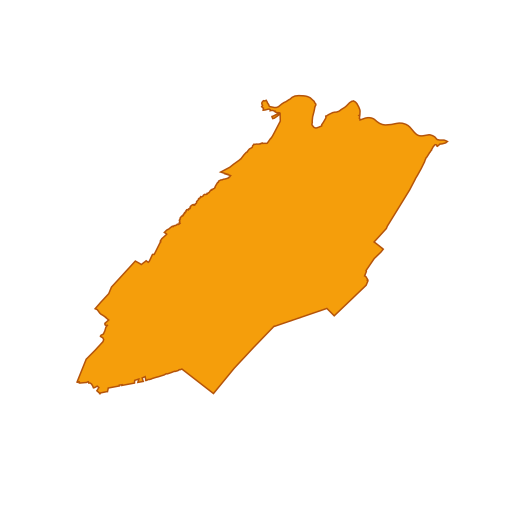 the district of Deventer, Overijssel, Netherlands, rotated 133°
{"feature_id": "6326949B6092768911382", "entity_name": "Deventer", "entity_type": "district", "adm_level": 2, "iso_a3": "NLD", "parent_name": "Netherlands", "parent_adm1": "Overijssel", "projection": "robinson", "projection_center": [6.218, 52.269], "detail": "fine", "context": "isolated", "style": "filled", "palette": "amber", "viewbox_px": 512, "rotation_deg": 133, "n_neighbors": 0, "source": "geoboundaries", "source_scale": "gbopen_adm2", "svg_char_len": 5974}
<svg xmlns="http://www.w3.org/2000/svg" viewBox="0 0 512 512"><g transform="rotate(133 256 256)"><path d="M140.8,330.2L153.0,326.8L157.2,325.7L159.8,325.3L160.0,325.5L165.7,324.7L166.2,324.9L169.4,328.3L169.2,328.6L171.0,329.5L171.1,329.3L171.6,329.7L173.0,331.0L173.6,331.8L174.4,332.4L175.1,333.0L175.8,333.8L176.3,333.5L177.0,333.7L177.8,333.6L178.8,333.0L179.4,332.9L182.2,333.8L184.4,333.7L185.8,333.4L186.1,333.4L186.2,333.6L187.1,333.8L190.2,333.8L195.3,333.3L196.0,333.4L196.0,333.5L197.3,333.6L204.2,335.0L209.0,335.7L218.7,339.1L216.1,333.5L216.0,333.3L216.5,333.6L214.5,329.4L216.0,329.2L216.6,329.3L217.3,329.7L217.5,329.6L217.4,329.3L217.6,329.3L218.2,329.6L220.9,331.2L222.0,332.1L223.5,332.8L223.8,333.1L224.4,333.6L226.7,334.4L227.9,333.8L228.5,334.2L229.0,334.1L232.7,333.3L233.8,332.9L233.9,332.6L235.0,332.6L235.5,332.8L235.9,333.1L236.7,333.1L237.3,333.6L237.8,333.3L238.2,333.3L238.3,333.4L238.2,333.8L238.9,334.0L241.6,333.6L242.2,333.9L243.0,334.0L243.6,334.5L244.2,334.0L244.6,334.3L245.0,334.4L246.1,335.7L247.4,335.9L248.3,335.6L249.6,336.0L250.0,336.3L250.5,336.5L250.4,336.9L250.5,336.9L252.1,336.5L252.8,337.0L253.3,337.0L253.4,336.6L253.6,336.6L255.9,336.5L256.4,336.6L257.0,336.4L257.2,336.0L257.8,335.8L258.0,335.6L258.8,335.7L259.2,335.9L259.4,335.7L260.6,335.5L261.0,335.8L260.6,336.2L261.3,336.6L261.2,337.0L262.2,337.5L263.5,337.6L264.0,337.8L265.0,337.6L265.2,337.1L265.9,337.1L266.1,336.7L266.7,336.7L266.9,336.8L266.6,337.1L267.6,337.4L268.6,337.0L269.0,338.0L269.4,338.2L270.8,338.0L270.8,337.7L271.8,337.4L272.8,337.9L273.7,337.6L273.7,337.2L274.8,337.5L275.6,337.4L275.9,337.3L275.8,337.0L276.5,336.9L277.0,337.0L277.5,337.6L278.3,337.5L279.9,337.4L280.3,337.1L280.3,336.8L280.5,336.6L282.1,336.5L282.2,335.8L282.4,335.5L283.5,335.1L283.3,334.8L283.4,334.6L283.9,334.4L284.0,333.8L284.7,334.1L285.4,334.0L285.9,334.3L285.7,334.7L286.6,335.3L287.6,335.2L288.4,335.7L288.7,335.7L289.6,336.6L291.0,336.6L291.3,337.0L291.3,337.5L293.4,337.9L295.8,338.2L296.5,338.4L297.1,338.8L298.4,339.0L301.3,339.1L300.8,336.4L300.9,336.2L302.1,336.2L307.5,336.7L308.7,336.5L310.4,336.2L310.5,336.0L310.3,335.7L310.9,335.2L311.3,335.3L311.5,335.3L324.3,331.5L324.5,331.7L325.0,332.5L325.4,332.7L325.7,332.7L332.7,330.4L334.1,330.5L334.4,333.1L335.5,333.2L340.5,334.1L340.8,336.0L342.0,340.8L377.3,340.5L384.0,338.0L395.2,338.0L404.3,337.7L403.5,335.4L404.3,331.4L404.3,329.5L403.9,328.0L403.3,324.1L403.5,324.1L403.3,320.1L408.2,320.6L408.2,320.3L409.3,319.6L409.0,317.9L408.4,317.7L408.1,317.6L408.1,317.4L409.6,317.4L410.7,317.1L413.8,315.5L417.2,314.4L419.6,315.3L420.8,315.1L420.9,314.8L420.3,312.3L421.0,310.4L422.9,309.5L435.1,309.4L447.3,309.8L470.3,300.9L470.1,300.4L468.8,299.8L468.6,299.6L468.6,299.3L469.4,298.9L469.2,298.3L465.5,295.0L464.1,293.7L462.4,293.1L462.3,292.8L463.0,291.7L462.1,290.8L461.8,289.1L462.5,286.6L463.3,285.0L463.1,284.7L461.2,283.9L459.5,283.4L459.4,283.1L459.4,281.2L463.1,280.5L463.0,276.6L463.3,276.4L463.1,276.1L462.3,276.4L456.8,272.5L456.5,272.1L453.3,274.0L444.2,267.3L443.7,267.9L441.5,266.2L442.1,265.8L431.8,258.2L429.7,259.9L425.9,257.8L429.0,256.2L424.6,252.9L424.3,253.6L422.8,256.1L419.8,254.8L421.8,252.1L422.1,252.1L422.3,251.8L421.6,251.2L419.8,250.6L419.5,250.3L419.4,250.0L417.6,248.8L416.3,248.3L411.8,245.7L411.7,245.5L405.5,242.0L403.3,241.4L403.2,241.0L402.6,240.4L399.1,238.5L396.5,237.3L395.7,236.8L395.7,236.5L393.6,235.2L392.8,234.8L392.1,234.8L391.3,234.5L391.1,234.3L391.1,234.0L389.2,233.1L385.6,193.3L352.9,195.4L324.6,195.4L295.1,194.9L294.4,194.4L294.5,194.3L290.9,192.4L246.0,168.4L246.4,158.0L202.3,155.5L198.0,157.1L198.1,157.3L197.9,158.1L197.2,158.0L196.2,161.3L196.2,162.2L196.5,163.0L192.1,164.7L191.8,165.0L191.6,165.6L177.2,167.8L168.1,167.3L164.2,167.6L164.9,176.6L165.2,179.2L147.0,179.4L144.7,180.3L102.9,188.7L92.0,191.7L90.1,192.3L87.1,192.9L79.4,194.8L72.1,197.0L70.9,197.6L68.1,198.6L67.4,198.5L62.5,199.4L62.2,199.6L61.4,199.5L59.3,199.9L59.0,199.8L58.9,200.0L55.2,200.9L52.5,201.0L51.7,200.0L51.7,199.0L52.2,198.8L52.1,198.2L50.3,197.9L48.9,197.9L47.0,196.3L43.9,194.4L41.7,194.1L42.1,195.4L42.8,197.2L43.3,197.9L46.0,200.8L47.2,202.8L47.3,203.7L47.0,205.8L47.0,206.6L47.5,208.8L48.6,211.2L49.3,212.1L50.2,212.8L54.5,216.1L55.5,217.1L56.4,218.2L57.0,219.3L57.4,220.5L57.6,221.7L57.6,224.4L56.8,231.4L56.9,233.8L57.5,236.2L58.9,239.2L59.8,240.4L61.1,241.9L63.3,243.7L67.5,246.7L71.9,250.7L72.7,251.8L73.6,253.2L74.7,256.0L75.2,259.1L75.3,262.5L75.6,263.9L76.3,265.6L77.5,267.4L78.6,268.6L80.6,270.1L85.6,272.7L84.9,273.5L84.9,274.2L82.5,275.9L82.9,276.5L81.7,276.5L79.0,278.8L78.0,280.2L77.7,281.0L77.1,282.1L75.7,286.2L75.8,286.4L75.6,287.4L75.6,288.4L76.1,290.5L76.8,290.8L77.4,291.4L80.1,292.1L84.6,292.2L86.9,292.5L91.2,293.7L91.4,293.6L93.7,294.1L96.0,295.4L97.1,296.5L98.8,297.7L103.2,299.4L105.8,300.0L105.9,300.3L106.1,300.4L106.8,299.5L107.6,299.0L112.4,297.9L115.1,297.5L116.0,296.7L118.9,297.9L121.1,299.1L121.7,299.6L122.3,301.1L122.4,301.7L122.0,304.1L121.5,305.0L119.8,306.0L119.0,306.9L115.6,309.5L111.0,312.0L108.3,313.6L107.4,314.3L106.7,314.5L106.5,314.8L105.0,315.1L104.1,315.8L103.8,317.8L103.4,318.5L103.2,319.4L103.3,320.6L103.3,324.1L103.7,325.5L104.3,327.1L105.1,328.6L106.3,330.3L109.5,334.1L112.4,336.6L115.3,337.8L118.3,338.1L119.1,338.5L122.9,339.4L124.4,340.1L127.0,340.8L131.5,341.4L133.4,342.3L134.8,343.7L137.3,347.8L137.3,348.4L137.3,348.9L136.6,350.0L136.3,351.7L135.5,353.5L135.2,354.8L136.0,355.0L136.8,355.6L137.2,356.4L137.5,356.5L139.5,356.4L140.4,355.9L141.2,354.7L141.3,354.1L141.5,353.8L142.9,353.7L143.0,352.2L142.8,351.4L144.5,350.2L142.8,348.8L140.1,347.1L139.6,346.5L139.2,345.5L140.1,344.7L139.4,344.3L138.1,343.0L137.3,340.9L137.2,340.8L137.5,340.7L137.5,340.1L136.8,338.3L136.4,337.9L136.0,337.6L135.7,336.9L135.1,336.3L135.2,336.0L137.7,337.3L141.8,338.8L143.1,339.5L143.5,338.9L144.1,337.4L142.7,336.6L139.1,335.8L136.9,335.5L135.9,335.0L140.8,330.2Z" fill="#f59e0b" stroke="#b45309" stroke-width="1.5"/></g></svg>